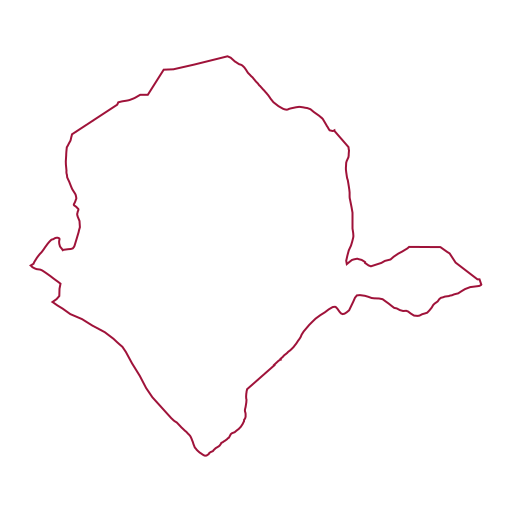 Corinth, Gros Islet, Saint Lucia
{"feature_id": "8701671B63390184751595", "entity_name": "Corinth", "entity_type": "district", "adm_level": 2, "iso_a3": "LCA", "parent_name": "Saint Lucia", "parent_adm1": "Gros Islet", "projection": "natural_earth1", "projection_center": [-60.96, 14.047], "detail": "fine", "context": "isolated", "style": "outline", "palette": "rose", "viewbox_px": 512, "rotation_deg": 0, "n_neighbors": 0, "source": "geoboundaries", "source_scale": "gbopen_adm2", "svg_char_len": 5937}
<svg xmlns="http://www.w3.org/2000/svg" viewBox="0 0 512 512"><path d="M163.7,69.7L147.8,94.8L140.2,94.8L135.0,97.8L133.5,98.5L129.6,100.0L128.0,100.4L125.8,100.8L124.3,101.0L121.9,101.4L118.3,102.3L117.2,104.7L72.0,134.3L71.6,136.1L71.4,136.7L70.6,140.2L70.1,141.4L69.4,142.5L67.7,145.8L66.8,147.3L66.4,151.3L66.2,154.3L66.2,155.0L65.8,161.5L65.9,164.5L66.5,170.9L66.4,171.6L66.4,172.2L66.6,173.8L66.9,174.7L67.2,177.4L68.2,179.6L69.2,181.7L71.2,186.8L71.6,187.7L72.0,188.7L72.8,190.1L73.0,190.4L75.1,193.7L75.3,194.1L75.6,194.7L76.0,196.2L76.3,198.0L76.3,198.7L75.8,199.8L75.6,200.5L74.9,202.3L73.9,204.2L73.8,204.8L74.0,205.2L74.3,205.5L74.8,205.8L76.3,206.9L76.5,207.1L77.5,208.2L78.1,208.7L78.4,209.2L78.4,209.9L77.6,212.0L77.5,212.8L77.2,213.8L77.2,214.9L77.5,215.7L77.6,216.4L79.5,221.0L79.9,227.2L79.0,230.3L78.6,232.2L77.5,235.9L76.7,238.6L74.6,245.5L74.3,246.3L73.9,247.0L73.4,247.6L72.9,248.3L71.9,248.7L70.6,249.0L68.1,249.2L64.3,249.7L63.4,249.8L62.8,250.2L62.3,249.5L61.7,248.6L61.2,248.0L60.5,247.2L59.9,246.2L59.7,245.3L59.3,244.0L59.2,243.1L59.1,241.8L59.2,240.8L59.5,239.4L59.4,238.6L58.8,238.1L57.5,237.7L56.2,237.8L55.1,238.1L53.9,238.8L53.0,239.3L52.2,239.4L51.2,239.9L50.2,240.9L49.4,241.7L47.7,243.7L46.1,245.9L45.2,247.1L44.4,248.3L43.6,249.5L43.2,250.0L42.7,250.7L42.2,251.4L41.3,252.5L40.6,253.2L40.0,253.8L39.1,254.9L38.0,256.3L36.9,257.8L34.4,261.8L33.8,263.0L33.6,263.7L30.7,265.5L31.6,266.3L32.3,267.1L34.5,268.3L36.5,269.1L38.7,269.4L40.2,269.6L41.9,270.3L43.2,271.1L45.6,272.7L47.6,274.1L50.4,276.1L53.5,278.5L55.4,279.9L57.9,281.7L60.5,283.7L59.5,288.8L59.3,296.0L56.6,299.1L52.5,302.0L53.4,302.6L57.2,305.3L62.6,308.6L70.3,314.1L82.0,319.1L92.4,325.6L104.8,332.2L113.5,338.8L117.0,342.1L119.8,344.6L122.4,346.8L125.9,352.0L132.0,363.3L139.8,375.9L146.1,388.0L152.4,397.3L171.3,418.2L172.4,419.2L173.3,420.1L174.5,421.1L176.8,422.5L178.6,424.4L180.5,426.4L181.4,427.4L182.4,428.3L184.9,430.7L186.3,431.8L188.2,433.9L189.0,434.6L189.6,435.3L190.2,436.0L190.7,436.9L191.5,438.6L191.9,439.7L192.9,442.2L193.4,443.9L193.7,444.7L194.5,446.7L194.8,447.5L195.9,448.7L196.6,449.7L197.7,450.8L199.6,452.5L200.7,453.2L201.7,453.9L202.7,454.6L204.1,455.4L205.0,455.7L205.7,455.7L206.6,455.5L207.2,455.1L208.7,454.1L209.2,453.1L210.6,452.1L211.5,451.7L212.7,451.2L213.2,450.8L213.7,450.0L214.7,449.1L215.6,448.2L217.8,446.9L218.9,446.2L219.7,445.5L220.9,443.8L221.3,442.9L222.8,442.2L223.5,441.6L225.0,440.7L227.2,439.1L227.7,438.4L228.9,437.7L230.3,435.1L230.7,434.3L231.1,433.9L232.0,433.2L234.7,432.2L235.6,431.4L236.8,430.4L237.6,429.8L238.8,428.9L239.8,427.8L240.8,426.8L242.7,423.9L243.6,422.0L244.0,421.3L244.1,419.8L245.0,418.6L245.3,417.8L245.6,416.7L245.6,416.0L245.6,415.0L245.6,413.9L245.4,412.7L245.0,411.4L244.9,410.1L245.2,408.5L245.5,407.4L245.7,406.3L246.3,402.5L246.5,399.8L246.2,398.4L246.1,396.5L246.2,395.0L246.3,393.6L246.5,392.4L246.6,391.3L246.9,390.2L247.1,389.2L274.4,365.2L274.1,364.9L278.6,360.7L280.3,359.7L280.7,359.6L280.4,359.0L281.8,357.7L282.6,357.1L283.0,356.6L283.6,355.9L284.5,355.0L285.5,354.3L286.6,353.4L287.1,353.0L288.1,351.9L289.0,351.2L290.1,350.4L291.3,349.3L293.3,347.3L293.9,346.6L294.7,345.5L295.6,344.4L296.5,343.2L298.1,340.7L298.8,339.8L299.6,338.7L300.6,337.1L301.7,334.5L302.1,333.9L303.7,331.4L309.3,324.8L312.2,321.9L315.6,318.6L320.4,315.1L324.9,312.3L328.7,309.4L332.6,307.1L334.4,306.8L335.6,306.9L337.3,308.6L339.5,311.7L341.0,313.4L342.6,314.1L344.5,313.7L346.7,312.3L349.1,310.3L353.2,301.8L355.0,297.7L356.9,295.4L359.9,295.1L364.9,295.8L368.3,296.8L371.6,298.0L374.1,298.3L379.1,298.5L382.6,299.2L385.2,301.1L388.7,303.6L391.7,306.0L394.2,307.9L396.7,308.4L399.9,310.1L403.1,311.0L406.2,310.8L408.1,311.5L410.7,313.5L412.6,314.7L414.1,315.6L417.6,315.9L419.5,315.6L422.2,314.2L424.7,313.5L427.2,312.7L429.5,310.3L431.7,307.6L433.2,305.0L434.6,303.6L437.7,301.4L439.2,299.2L440.9,297.8L443.0,297.3L444.8,296.6L447.0,296.3L448.8,296.1L450.0,295.6L451.9,295.3L454.0,294.4L456.7,293.7L458.1,293.4L461.5,291.2L465.0,289.1L470.2,287.1L477.4,286.2L479.4,285.9L481.0,285.0L481.3,284.6L479.5,279.3L477.4,279.3L455.6,262.6L449.6,253.4L447.3,252.0L440.4,247.1L409.1,246.9L407.4,248.4L402.1,251.6L398.3,253.6L394.9,255.9L393.7,256.7L390.5,259.5L384.9,260.9L381.4,262.9L370.9,266.3L368.5,265.4L365.0,262.9L365.1,262.1L363.6,261.1L361.6,259.9L358.8,259.2L357.2,258.7L353.8,259.4L351.9,260.0L350.0,261.5L346.8,264.1L346.2,260.7L346.4,259.9L347.4,255.5L348.8,250.3L351.0,245.6L352.2,241.6L352.6,240.0L353.2,237.6L353.4,236.1L353.2,233.1L352.5,228.5L352.5,225.5L352.5,220.1L352.5,212.7L351.6,207.5L350.1,199.9L349.7,198.1L349.6,196.5L349.6,194.8L349.6,192.5L349.3,189.7L348.8,186.3L348.3,183.2L347.8,180.2L347.2,178.4L347.0,177.4L346.9,176.9L346.2,172.1L345.9,169.4L345.9,167.6L346.0,166.4L346.2,162.7L346.7,161.0L347.4,159.5L348.4,157.3L348.7,155.4L348.7,154.2L349.0,150.4L348.7,149.1L348.5,147.1L334.5,131.0L334.4,130.3L333.3,130.9L332.6,131.0L329.6,130.3L328.6,128.8L327.6,127.0L326.8,125.9L326.3,124.9L323.4,120.0L322.8,119.0L321.1,117.2L322.4,118.6L319.2,115.8L317.5,114.6L313.8,112.0L310.8,109.5L310.4,109.2L307.4,108.1L307.1,108.0L306.8,108.0L304.8,107.7L304.0,107.5L303.5,107.4L302.9,107.3L300.1,106.9L298.7,106.9L295.9,107.3L291.2,108.3L289.6,108.7L288.5,109.1L287.8,109.5L286.7,109.7L286.0,109.6L284.5,109.3L282.9,108.7L278.4,106.1L273.4,102.2L271.4,99.7L270.9,99.1L270.3,98.3L269.9,97.6L269.1,96.5L268.2,95.2L267.4,94.3L266.3,92.9L265.8,92.5L265.2,91.7L264.3,90.7L263.7,90.0L263.5,89.8L263.2,89.6L262.1,88.3L261.1,87.2L260.4,86.4L260.2,86.1L259.5,85.6L258.9,84.9L258.3,84.1L258.1,83.7L257.8,83.4L256.8,82.4L256.0,81.6L255.4,80.9L255.0,80.4L254.3,79.5L253.9,79.1L253.6,78.7L252.5,77.3L251.4,76.4L250.8,75.8L250.2,75.1L248.0,72.9L247.4,72.0L246.7,70.9L246.1,69.9L244.3,67.4L242.3,65.5L241.3,64.9L240.5,64.6L239.1,64.2L235.3,61.7L235.0,61.6L230.7,57.7L227.5,56.3L220.3,58.1L194.1,64.6L173.4,69.3L163.7,69.7Z" fill="none" stroke="#9f1239" stroke-width="2"/></svg>